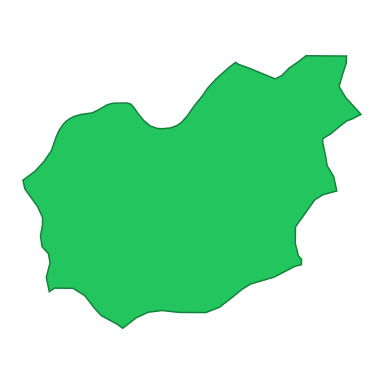 Toksong, Hamgyŏng-namdo, North Korea
{"feature_id": "82179303B35188226848964", "entity_name": "Toksong", "entity_type": "district", "adm_level": 2, "iso_a3": "PRK", "parent_name": "North Korea", "parent_adm1": "Hamgyŏng-namdo", "projection": "natural_earth1", "projection_center": [128.228, 40.466], "detail": "fine", "context": "isolated", "style": "filled", "palette": "green", "viewbox_px": 384, "rotation_deg": 0, "n_neighbors": 0, "source": "geoboundaries", "source_scale": "gbopen_adm2", "svg_char_len": 1391}
<svg xmlns="http://www.w3.org/2000/svg" viewBox="0 0 384 384"><path d="M235.6,62.4L229.2,67.2L216.3,78.7L207.6,88.2L202.7,95.4L194.5,105.5L187.1,116.1L181.5,122.4L177.7,125.1L173.6,126.9L170.1,128.0L162.4,128.7L157.7,128.5L150.6,126.2L143.8,120.6L138.3,113.9L133.6,107.1L130.6,104.0L127.0,103.0L114.2,103.1L110.3,103.9L106.9,104.9L99.3,109.4L92.1,112.9L80.5,114.5L73.6,116.6L69.9,118.6L66.3,121.1L63.2,124.4L58.9,130.7L56.1,137.1L51.4,150.6L43.9,161.6L35.1,171.1L23.0,180.2L24.8,188.8L31.3,197.9L37.8,206.9L42.6,217.8L42.5,225.0L40.5,235.8L42.0,246.6L48.5,253.8L50.0,262.9L46.3,277.3L49.3,291.7L54.5,288.1L73.0,288.3L84.7,295.6L94.5,308.2L101.1,315.5L111.1,321.0L117.8,324.6L122.7,328.3L136.5,317.6L148.4,312.2L162.0,310.5L178.8,312.4L190.6,312.5L205.8,312.6L219.4,307.3L233.2,296.6L241.8,289.5L250.4,284.1L262.2,280.6L274.1,277.1L284.4,271.8L294.6,266.4L301.4,264.7L301.5,260.2L301.5,259.3L298.3,255.6L295.2,243.0L295.4,234.0L295.5,226.8L300.7,219.6L314.7,199.9L323.2,194.6L330.0,192.8L331.8,192.3L336.8,191.0L333.7,176.6L327.2,165.8L325.7,156.7L324.2,149.5L322.7,142.3L322.8,138.7L331.3,133.4L339.9,126.2L346.8,120.9L351.9,119.1L361.0,114.4L353.8,106.5L345.6,97.4L339.1,86.6L342.7,74.0L346.3,63.2L346.5,56.0L324.6,55.9L314.5,55.8L306.0,55.7L299.2,61.1L288.9,68.2L282.0,75.4L275.2,78.9L261.8,73.4L248.5,67.9L238.4,64.3L235.6,62.4Z" fill="#22c55e" stroke="#15803d" stroke-width="1.5"/></svg>